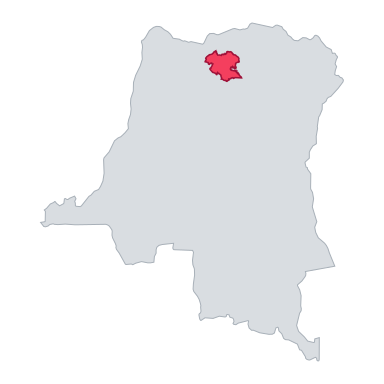 location of Aketi, Orientale, Democratic Republic of the Congo
{"feature_id": "63176286B77771623677962", "entity_name": "Aketi", "entity_type": "district", "adm_level": 2, "iso_a3": "COD", "parent_name": "Democratic Republic of the Congo", "parent_adm1": "Orientale", "projection": "robinson", "projection_center": [24.045, 2.924], "detail": "fine", "context": "in_parent", "style": "filled", "palette": "rose", "viewbox_px": 384, "rotation_deg": 0, "n_neighbors": 0, "source": "geoboundaries", "source_scale": "gbopen_adm2", "svg_char_len": 8242}
<svg xmlns="http://www.w3.org/2000/svg" viewBox="0 0 384 384"><path d="M334.8,266.2L305.4,271.5L305.9,273.4L305.7,275.4L304.9,276.9L301.9,281.0L297.5,284.8L297.5,285.7L299.7,289.9L301.1,295.7L300.7,305.9L301.3,308.7L301.1,310.8L299.6,313.2L296.6,325.5L298.6,331.4L304.4,337.0L307.7,341.1L313.5,342.5L314.4,342.3L314.8,338.9L319.3,337.6L319.2,359.4L318.9,360.7L318.0,361.0L316.9,360.2L316.6,358.2L315.4,357.3L309.8,360.0L308.4,359.9L306.9,359.4L305.7,358.3L305.4,356.7L301.5,350.3L299.6,349.8L297.4,344.1L288.7,339.9L285.3,339.6L283.6,338.3L281.8,333.8L278.9,330.9L278.3,327.7L277.7,327.2L275.9,327.9L274.4,333.0L272.4,334.2L268.8,334.3L259.8,332.8L253.3,330.2L251.6,330.3L249.1,328.0L248.0,324.1L248.6,321.0L248.1,320.6L238.3,323.1L235.9,324.7L233.7,324.3L233.0,323.5L234.0,321.4L233.5,319.1L232.8,318.1L229.9,317.2L229.0,314.8L227.2,314.5L226.6,314.8L226.2,316.5L225.1,317.0L219.3,316.2L213.1,318.4L205.0,317.8L201.1,320.4L200.5,320.3L199.7,319.0L198.9,314.8L199.3,313.7L200.5,312.9L201.0,311.2L200.6,306.9L200.9,305.9L200.4,303.4L199.2,299.5L197.5,296.3L193.8,291.5L193.1,289.2L193.4,283.8L194.6,275.2L194.4,268.9L192.9,264.8L192.5,260.3L193.5,252.3L192.6,250.4L173.9,249.7L173.2,249.1L172.8,248.0L173.6,243.3L162.3,244.5L158.9,245.4L156.8,247.3L156.1,249.8L156.1,253.2L154.4,256.5L153.9,262.2L150.7,262.8L147.6,262.8L141.5,261.6L135.7,263.2L132.8,264.7L131.3,264.0L126.0,264.5L125.3,264.1L119.2,253.1L116.5,249.4L115.9,247.6L116.2,245.9L115.4,243.6L112.6,237.9L112.0,235.2L112.2,231.1L111.8,229.7L109.3,226.1L107.6,224.9L105.7,224.3L75.3,224.8L65.3,224.1L57.9,224.6L54.2,224.3L53.2,223.8L49.8,224.5L48.1,226.0L45.4,226.8L43.8,226.5L40.6,222.4L44.9,221.7L45.2,221.3L45.4,211.4L44.3,210.0L46.6,208.3L50.3,204.0L53.9,202.4L54.4,201.6L55.2,201.6L56.5,203.4L59.6,205.8L63.5,203.7L63.9,203.1L64.4,198.9L65.3,198.5L67.0,199.5L67.9,199.5L69.6,198.2L74.6,196.1L76.0,198.8L74.7,201.3L75.3,203.0L75.4,205.7L76.2,206.3L80.1,206.6L81.3,206.0L89.0,196.3L91.0,195.1L94.3,191.3L98.6,189.5L100.5,186.5L102.9,181.1L104.1,173.3L103.6,159.7L104.0,157.9L109.2,151.8L114.5,140.8L118.1,137.9L120.9,136.7L125.1,132.7L128.4,128.6L127.9,123.7L128.7,119.6L130.5,114.5L131.1,109.0L130.5,103.3L130.8,98.6L133.3,91.1L133.5,82.4L135.7,75.2L140.2,66.0L142.3,59.2L141.9,52.5L142.5,47.5L142.3,44.6L141.4,42.0L141.9,40.4L143.5,39.8L145.6,37.2L149.4,30.6L153.5,27.4L156.3,26.4L159.2,26.5L161.1,27.1L164.2,29.7L167.8,31.7L170.5,34.3L173.1,38.3L179.4,39.2L182.1,40.7L183.7,41.2L184.3,40.8L185.6,41.1L188.6,42.3L191.0,41.6L202.7,44.2L204.0,42.9L207.3,36.0L209.7,33.6L213.7,33.4L216.8,34.7L218.5,34.7L232.8,28.8L234.7,28.5L239.9,29.9L243.3,29.0L244.7,29.2L247.6,28.2L250.0,24.1L252.0,23.0L272.6,27.5L275.7,25.3L277.2,25.1L281.8,26.7L283.2,29.2L286.0,31.4L287.9,35.1L291.0,37.1L292.5,39.0L294.3,40.4L298.1,40.8L302.8,37.6L306.2,37.9L309.6,39.7L310.8,39.6L313.3,37.7L314.6,35.7L315.9,35.2L317.9,36.1L319.6,38.0L321.0,40.8L326.2,47.0L331.2,49.6L332.4,53.4L334.2,53.1L335.1,53.4L336.4,55.8L337.3,56.3L337.5,57.3L336.3,59.6L335.1,63.9L336.6,66.6L335.3,70.5L334.7,74.5L336.3,75.5L338.4,75.4L340.3,77.5L341.8,77.8L343.4,80.0L343.0,81.9L338.1,88.4L330.8,96.4L328.3,97.4L327.0,98.8L326.1,101.2L323.9,103.1L322.3,103.9L322.1,109.7L319.6,115.7L318.7,116.9L317.3,126.6L317.6,128.3L316.2,136.3L316.4,143.7L312.8,146.0L310.4,149.7L309.3,152.2L309.3,158.2L305.3,161.9L305.0,162.8L306.0,167.0L307.4,167.7L307.5,169.1L310.8,173.7L310.6,187.7L310.7,189.1L312.5,192.4L313.6,198.8L312.3,206.9L316.8,221.7L314.7,227.2L315.7,232.4L318.3,237.8L324.6,243.2L326.3,245.4L327.9,248.4L329.4,253.0L334.8,266.2Z" fill="#d9dde1" stroke="#a8b0b8" stroke-width="1"/><path d="M237.2,56.5L236.3,55.9L235.9,55.4L235.6,55.1L235.4,55.2L235.2,55.0L234.9,55.0L234.6,54.9L234.4,54.8L234.2,54.8L233.9,54.7L233.5,54.7L233.4,54.4L233.2,54.4L233.0,54.0L232.9,54.0L232.8,53.6L232.5,53.5L232.3,53.2L232.2,53.1L232.0,52.7L231.7,52.6L231.6,52.2L231.4,52.0L231.0,52.0L230.7,51.8L230.3,51.7L230.2,51.8L229.5,52.0L229.4,51.9L229.2,51.9L228.9,51.7L228.7,51.8L228.5,51.7L228.3,51.6L228.1,51.6L227.6,51.5L227.0,51.7L226.8,52.0L226.9,52.4L226.9,52.8L226.6,53.0L226.3,53.3L226.1,53.6L226.0,53.4L225.8,53.5L225.5,54.1L225.4,54.0L225.2,53.6L224.9,53.5L224.7,54.0L224.4,54.3L224.1,54.5L223.8,54.4L223.4,54.1L223.2,54.1L223.1,54.3L223.0,54.6L222.5,54.4L222.0,54.3L221.7,54.7L221.6,54.9L221.5,55.2L221.3,55.5L220.6,55.3L220.1,55.0L217.7,55.1L217.5,54.7L217.3,54.3L217.3,54.1L217.2,53.9L217.0,54.0L216.9,53.9L217.0,53.3L216.9,53.2L216.5,53.0L216.3,52.7L216.1,52.5L216.2,52.2L216.5,51.9L216.3,51.6L215.7,51.5L215.7,51.4L215.8,51.3L215.8,51.1L215.8,50.8L215.2,51.1L214.9,51.5L214.7,51.6L214.3,51.8L214.1,52.1L213.8,52.1L213.6,52.5L213.4,53.0L213.2,53.2L212.8,53.3L212.6,53.7L212.4,53.9L212.2,54.0L210.8,54.5L210.0,54.6L209.3,54.7L209.1,54.8L209.0,55.2L208.8,55.4L208.5,55.6L207.8,55.9L207.5,56.1L207.2,56.5L206.8,56.7L206.7,56.8L206.4,57.3L205.8,58.0L205.7,58.2L205.7,58.5L205.8,58.7L206.3,59.0L206.3,59.6L205.9,60.1L205.7,60.4L205.6,60.7L205.3,61.0L205.1,61.6L205.1,61.8L205.4,61.9L206.4,61.9L207.0,62.3L207.3,62.4L207.5,62.5L208.0,62.4L208.4,62.8L208.4,63.7L208.5,64.0L208.9,64.2L209.1,64.3L209.4,64.4L209.6,64.3L210.1,63.5L210.4,63.3L210.6,63.2L211.1,63.2L211.3,63.3L211.7,63.7L211.9,63.7L212.0,63.4L212.3,63.8L212.7,64.1L212.8,64.1L212.4,64.9L212.2,65.4L211.6,66.7L211.1,67.3L211.0,68.7L210.9,68.4L210.8,68.2L210.5,68.1L210.4,68.1L210.0,68.4L210.0,68.7L209.9,69.0L210.1,69.4L210.3,69.7L212.6,72.3L212.9,72.5L213.3,72.6L213.6,72.5L213.8,72.6L214.5,73.0L215.7,73.4L215.9,73.5L216.6,74.1L216.5,74.3L216.4,74.2L216.2,74.2L216.2,74.3L216.3,74.3L216.4,74.5L216.5,74.6L216.8,74.6L216.9,74.3L216.8,74.1L216.9,73.8L217.0,73.9L217.3,73.8L217.3,73.7L217.2,73.4L217.4,73.2L217.4,72.8L217.6,72.5L217.8,72.9L218.1,73.1L218.4,73.2L218.6,73.6L219.0,73.5L219.6,74.1L220.1,74.5L220.4,74.6L220.5,74.7L220.5,74.8L220.9,75.2L221.0,75.5L220.9,75.9L221.1,76.6L221.2,76.9L221.5,77.5L221.4,77.6L221.6,78.1L221.5,78.3L221.4,78.7L221.4,78.9L221.3,79.2L222.2,79.2L222.4,79.3L222.9,79.5L223.2,79.7L223.3,79.8L223.5,80.0L224.2,80.4L224.6,80.4L224.9,80.4L225.3,80.4L225.8,80.4L225.9,80.5L226.1,81.1L226.5,81.3L227.1,81.3L227.2,81.1L227.3,80.9L227.3,80.7L227.9,80.4L228.3,80.4L228.5,80.2L228.7,80.3L229.1,79.9L228.7,79.5L228.7,79.4L228.7,79.1L228.8,79.0L228.7,79.0L228.7,78.9L228.9,78.8L229.4,79.0L230.5,78.7L230.9,78.6L231.2,78.0L231.3,77.9L232.1,78.0L232.7,77.6L232.8,77.6L233.1,77.7L233.4,78.3L233.5,78.4L234.3,78.0L234.5,78.0L234.7,77.8L234.9,77.6L235.0,77.6L241.2,77.9L241.5,77.9L241.4,77.7L241.5,77.6L241.4,77.4L241.3,77.5L241.0,77.5L241.1,77.2L240.9,76.8L240.8,76.7L240.7,76.6L240.3,76.4L240.0,75.9L239.9,75.9L239.9,76.1L239.7,75.6L239.4,75.2L239.2,75.1L239.2,74.8L239.1,74.6L238.8,74.4L238.8,74.1L238.7,74.1L238.7,73.8L238.4,73.7L238.3,73.4L238.2,73.5L238.1,73.4L238.1,73.5L237.9,73.3L237.7,73.4L237.7,73.2L237.6,72.9L237.4,73.0L237.3,72.9L237.2,72.8L237.3,72.5L237.2,72.5L237.1,72.3L237.0,72.1L236.8,72.2L236.7,72.3L236.6,72.1L236.8,72.0L236.7,71.9L236.5,71.5L236.4,71.6L236.3,71.4L236.4,71.2L236.1,71.3L236.0,71.1L235.8,71.1L235.8,70.9L235.7,71.0L235.5,70.9L235.4,71.1L235.2,70.8L235.1,71.0L235.1,70.9L235.0,70.7L234.8,70.6L234.4,70.8L234.2,70.7L234.1,70.9L233.5,70.7L233.4,70.7L233.2,70.6L232.7,70.6L232.3,70.3L232.2,70.3L231.9,70.4L231.7,70.4L231.6,70.1L231.4,70.2L231.1,70.0L231.0,69.9L230.8,69.9L230.7,69.8L230.4,69.3L230.4,68.9L230.8,68.9L230.9,68.3L230.8,67.9L230.7,67.7L230.8,67.3L231.1,67.1L231.2,67.4L231.3,67.6L231.7,67.3L231.9,67.3L231.9,67.6L232.1,67.7L232.3,67.6L232.4,67.4L232.5,67.1L232.6,67.4L232.9,67.3L232.8,67.5L232.8,67.8L233.0,67.9L233.2,67.6L233.4,67.6L233.5,67.8L233.8,67.7L234.1,67.7L234.4,67.5L234.4,67.8L234.8,67.9L234.8,68.0L234.5,68.4L234.5,68.5L234.8,68.8L235.0,68.7L235.1,68.3L235.7,68.3L235.7,68.1L235.9,68.0L235.9,67.7L236.1,67.3L236.0,67.2L235.9,66.8L235.6,66.5L235.4,66.0L235.4,65.4L235.6,64.8L235.6,64.6L235.5,64.3L235.7,63.8L235.6,63.5L235.6,63.4L236.2,62.9L236.4,62.8L236.5,62.8L236.8,62.6L237.0,62.5L237.4,62.3L237.6,62.3L238.1,62.3L238.3,62.3L238.5,62.1L238.4,61.8L238.6,61.3L238.7,61.2L238.8,61.3L238.9,61.9L239.1,61.9L239.2,61.2L238.9,60.7L238.8,60.1L238.8,59.2L238.9,58.6L238.9,58.3L238.6,57.9L238.4,57.6L238.3,57.4L238.1,57.1L237.7,56.8L237.2,56.6L237.2,56.5Z" fill="#f43f5e" stroke="#9f1239" stroke-width="1.5"/></svg>